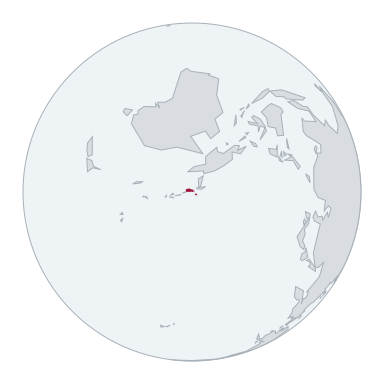 the Earth from above North Solomons, rotated 131°
{"feature_id": "PNG-1245", "entity_name": "North Solomons", "entity_type": "Province", "adm_level": 1, "iso_a3": "PNG", "parent_name": "Papua New Guinea", "parent_adm1": "", "projection": "orthographic", "projection_center": [155.03, -5.041], "detail": "fine", "context": "on_globe", "style": "filled", "palette": "rose", "viewbox_px": 384, "rotation_deg": 131, "n_neighbors": 0, "source": "natural_earth", "source_scale": "10m", "svg_char_len": 7051}
<svg xmlns="http://www.w3.org/2000/svg" viewBox="0 0 384 384"><g transform="rotate(131 192 192)"><circle cx="192" cy="192" r="169" fill="#eef3f6" stroke="#a8b0b8"/><path d="M260.5,225.6L260.6,226.9L260.4,227.1L260.5,225.6ZM332.6,98.3L330.4,95.2L319.1,81.3L303.0,64.9L306.0,67.4L301.8,63.6L297.8,60.5L296.2,59.5L276.3,46.5L261.6,41.1L261.4,42.9L258.0,40.2L260.6,46.8L255.5,48.5L258.5,44.5L256.7,42.7L251.9,42.6L249.0,40.8L245.0,39.9L242.0,37.9L244.1,36.3L242.2,35.2L238.9,35.3L233.8,33.7L238.9,33.7L230.5,31.3L232.4,29.4L248.6,33.0L247.2,32.3L258.6,36.7L269.6,41.9L280.2,47.9L290.4,54.6L300.0,62.1L309.1,70.2L317.6,79.0L325.4,88.4L332.6,98.3ZM313.1,128.3L311.8,124.6L314.3,126.8L313.1,128.3ZM309.9,122.4L310.6,123.7L309.8,122.7L309.9,122.4ZM308.5,121.8L309.5,122.3L308.5,122.1L308.5,121.8ZM306.8,121.4L307.7,121.4L307.6,121.6L306.8,121.4ZM303.8,119.6L303.0,119.1L303.8,118.7L303.8,119.6ZM296.0,59.5L298.0,60.7L302.7,64.5L301.3,63.5L296.0,59.5ZM286.6,53.3L286.8,53.1L291.5,56.5L289.9,55.6L286.6,53.3ZM261.9,45.0L264.2,45.1L263.0,45.7L261.9,45.0ZM245.0,40.1L245.3,40.8L243.1,40.1L245.0,40.1ZM236.5,36.6L232.9,35.5L236.9,36.3L236.5,36.6ZM231.0,34.7L222.3,32.7L222.2,33.8L217.6,30.1L226.6,32.7L231.5,33.3L229.7,33.7L231.0,34.7ZM216.5,28.6L214.7,28.1L217.0,28.4L216.5,28.6ZM141.4,30.8L142.9,30.3L149.0,28.6L164.2,25.6L165.0,26.1L159.1,27.2L169.5,26.9L169.6,28.6L171.6,27.8L178.0,27.9L178.0,27.2L179.5,26.9L195.8,28.1L198.1,29.2L207.4,30.0L208.5,29.7L207.3,28.9L217.6,30.1L222.2,33.8L219.6,34.1L224.2,36.7L217.7,37.2L214.4,39.2L204.6,39.1L202.8,41.1L204.8,42.0L204.0,45.9L195.3,51.8L193.4,43.1L204.8,35.9L199.4,38.2L198.0,36.7L194.4,37.1L190.8,39.1L192.0,39.9L172.7,40.2L158.8,46.5L166.2,47.1L167.6,50.1L158.2,60.5L132.0,74.2L133.6,80.5L131.5,84.3L125.4,86.2L128.2,80.5L124.9,78.0L127.4,74.9L118.5,76.7L121.8,72.3L113.2,76.4L112.9,80.1L119.6,79.7L110.8,85.8L113.4,93.0L110.2,101.5L93.7,116.2L82.2,120.7L80.8,123.6L78.1,120.2L71.7,126.0L74.4,142.8L73.3,147.8L64.3,157.4L64.6,153.6L57.5,144.7L54.1,156.7L59.4,166.7L61.1,178.8L56.1,175.1L54.6,164.6L52.1,161.1L54.3,150.5L55.1,135.4L50.2,138.5L52.0,132.5L52.4,120.8L46.2,125.2L35.3,142.1L31.3,158.0L28.6,165.5L31.4,143.5L36.0,128.9L34.8,130.7L38.3,121.9L43.5,111.3L49.5,101.2L56.2,91.4L63.6,82.2L71.6,73.5L80.1,65.4L89.2,57.9L98.9,51.0L108.9,44.9L119.4,39.4L130.2,34.7L141.4,30.8ZM80.6,317.6L83.2,319.5L83.1,319.9L80.6,317.6ZM93.9,208.1L98.3,209.1L98.3,209.9L93.9,208.1ZM89.2,205.2L94.1,205.6L88.6,206.9L89.2,205.2ZM96.0,205.8L100.9,204.4L103.0,203.2L102.8,204.9L96.0,205.8ZM86.1,205.1L70.1,204.7L64.1,202.5L65.2,199.6L74.8,200.4L86.1,205.1ZM64.7,199.5L56.1,191.4L46.7,168.5L50.0,168.7L60.3,182.4L59.6,184.9L64.8,191.2L64.7,199.5ZM86.9,184.7L86.2,192.2L77.1,191.4L73.1,190.1L70.3,180.5L71.8,175.7L75.0,175.9L89.0,160.1L93.5,164.2L88.8,170.8L92.6,177.3L86.9,184.7ZM31.3,159.5L31.1,168.8L29.9,170.6L31.3,159.5ZM95.9,149.3L89.4,155.9L95.8,147.0L95.9,149.3ZM100.5,140.9L100.2,144.4L98.4,140.9L100.5,140.9ZM79.4,128.1L76.0,128.9L76.6,126.5L81.3,124.2L79.4,128.1ZM107.6,108.9L105.2,115.4L103.7,117.7L103.3,113.6L107.6,108.9ZM162.8,25.7L167.1,24.9L166.8,25.1L165.8,25.3L162.8,25.7ZM169.0,24.6L167.5,24.8L164.3,25.4L165.6,25.1L169.0,24.6ZM229.5,291.6L233.5,293.7L229.8,298.4L223.6,302.9L215.6,303.5L229.5,291.6ZM172.9,297.3L169.1,290.7L177.0,291.0L176.7,296.5L172.9,297.3ZM234.0,288.2L237.2,283.1L235.0,275.6L238.7,282.7L245.3,284.1L235.6,293.5L234.0,288.2ZM134.1,268.3L108.8,279.0L102.2,277.2L101.6,272.0L91.1,256.1L93.0,256.5L89.0,246.0L102.6,237.1L111.7,220.8L122.0,222.5L128.1,211.0L139.4,212.8L137.4,222.0L150.8,229.5L156.0,208.9L168.0,232.8L180.3,242.5L188.2,258.2L180.2,282.5L172.1,286.6L168.9,283.8L165.9,286.1L158.9,284.3L151.6,275.3L148.9,277.6L150.0,271.5L146.8,276.8L141.6,271.0L134.1,268.3ZM216.8,236.1L219.5,237.1L224.8,242.0L220.5,240.6L216.8,236.1ZM254.1,229.2L256.1,231.5L253.1,231.4L254.1,229.2ZM260.4,227.1L256.7,227.2L260.5,225.6L260.4,227.1ZM226.3,224.1L227.9,225.8L227.0,226.2L226.3,224.1ZM225.2,223.5L226.2,221.3L226.5,223.7L225.2,223.5ZM211.3,209.1L212.5,208.1L213.3,209.2L211.3,209.1ZM105.0,209.5L110.8,203.8L114.3,203.6L105.0,209.5ZM208.9,206.3L205.4,205.6L205.6,204.4L208.9,206.3ZM208.7,203.5L208.2,201.7L210.8,206.1L208.7,203.5ZM201.7,198.7L206.2,202.4L201.3,199.0L201.7,198.7ZM199.3,198.8L196.3,197.1L196.4,196.6L199.3,198.8ZM168.5,197.1L179.4,208.4L171.4,207.1L162.1,199.9L156.2,205.0L142.0,202.6L144.8,199.3L142.5,193.7L128.7,190.3L126.0,186.6L130.6,184.7L121.9,181.2L131.3,180.4L135.5,187.9L141.0,182.9L151.1,185.2L161.4,188.8L170.4,195.2L168.5,197.1ZM132.0,196.2L133.7,196.4L132.4,198.4L132.0,196.2ZM190.5,192.3L194.9,196.4L194.5,197.2L192.4,196.4L190.5,192.3ZM172.4,194.2L181.7,189.5L184.1,189.9L178.0,195.8L172.4,194.2ZM179.1,185.3L183.8,186.7L186.4,190.4L185.5,191.2L179.1,185.3ZM112.7,188.1L112.4,190.1L110.1,188.4L112.7,188.1ZM115.7,187.1L122.9,189.8L115.1,188.8L115.7,187.1ZM95.5,179.1L97.3,183.8L103.2,181.2L98.7,185.2L103.1,193.2L101.9,196.0L97.5,187.4L96.5,196.0L93.9,195.8L92.2,188.3L94.6,179.4L97.2,175.9L108.1,174.9L95.5,179.1ZM115.5,181.4L113.7,175.9L115.1,172.4L117.0,175.4L115.5,181.4ZM108.9,162.8L104.7,156.5L100.4,158.6L109.7,150.7L112.0,158.0L108.9,162.8ZM106.3,149.5L102.2,151.3L106.8,146.7L106.3,149.5ZM101.4,149.3L101.6,145.2L104.5,145.9L101.4,149.3ZM108.3,149.8L110.0,142.9L111.0,147.0L108.3,149.8ZM101.9,136.1L107.2,143.0L99.3,139.8L101.7,127.0L105.2,126.8L101.9,136.1ZM138.7,89.5L139.3,86.3L143.3,86.0L141.7,88.2L138.7,89.5ZM156.8,83.4L144.5,84.9L134.9,86.9L136.7,88.5L132.3,93.6L130.9,88.4L139.5,83.2L146.4,82.8L149.8,78.8L156.3,76.6L158.5,71.7L162.1,69.9L162.2,74.5L156.8,83.4ZM159.1,69.6L165.3,61.7L171.6,63.8L171.7,66.0L166.2,68.6L163.2,67.3L159.1,69.6ZM168.6,60.6L165.7,59.4L168.7,48.4L170.9,46.8L172.0,55.4L169.4,54.9L167.5,57.5L168.6,60.6ZM214.0,28.4L214.6,28.1L215.4,28.6L214.0,28.4ZM179.3,26.6L181.5,26.3L182.3,26.7L179.3,26.6ZM187.8,25.8L185.3,25.5L188.7,25.6L187.8,25.8ZM179.7,25.3L184.7,25.4L178.7,25.6L179.7,25.3Z" fill="#d9dde1" stroke="#a8b0b8" stroke-width="1"/><path d="M194.6,196.7L194.7,196.8L194.7,197.0L194.4,197.1L194.2,197.2L194.1,197.3L193.9,197.4L193.7,197.4L193.4,197.3L193.2,197.2L192.9,196.9L192.5,196.5L192.4,196.4L192.5,196.4L192.6,196.2L192.6,195.9L192.4,195.7L192.2,195.6L191.9,195.5L191.9,195.4L191.8,195.2L191.7,195.2L191.4,194.9L191.2,194.7L191.2,194.4L191.1,194.2L191.1,193.7L191.2,193.4L191.0,193.2L191.4,193.3L191.5,193.4L191.6,193.5L191.8,193.5L192.0,193.5L192.3,193.8L192.3,194.0L192.5,194.1L192.5,194.3L192.7,194.5L192.9,194.6L193.0,194.7L193.0,194.8L193.1,195.0L193.4,195.4L193.5,195.4L193.6,195.5L193.7,195.4L193.8,195.4L193.8,195.5L194.0,195.6L194.1,195.8L194.3,195.9L194.3,196.0L194.5,196.2L194.5,196.3L194.6,196.5L194.6,196.7ZM191.1,192.5L191.0,192.9L191.0,193.1L190.9,193.2L190.7,192.7L190.7,192.3L190.7,192.2L190.5,192.3L190.6,192.2L190.8,191.9L191.0,192.0L191.0,192.3L191.1,192.5L191.1,192.5ZM190.9,186.8L191.1,187.1L191.1,187.3L191.0,187.2L190.9,186.9L190.8,186.7L190.6,186.6L190.8,186.7L190.9,186.8ZM189.5,190.3L189.7,190.5L189.6,190.4L189.5,190.3Z" fill="#f43f5e" stroke="#9f1239" stroke-width="1.5"/></g></svg>